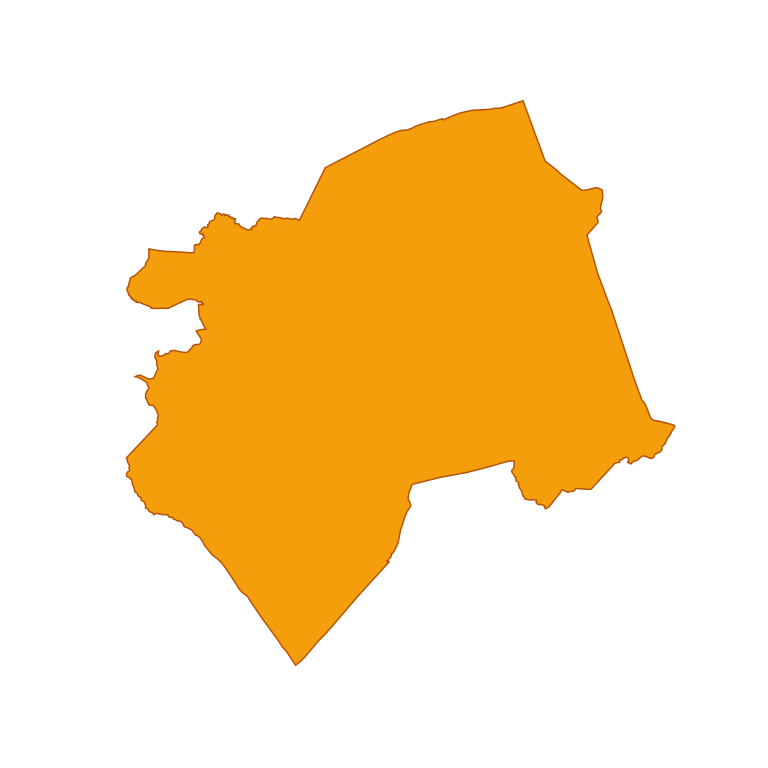 Chilchota, Michoacán, Mexico (Albers equal-area conic projection), rotated 339°
{"feature_id": "50627088B35949960945734", "entity_name": "Chilchota", "entity_type": "district", "adm_level": 2, "iso_a3": "MEX", "parent_name": "Mexico", "parent_adm1": "Michoacán", "projection": "albers", "projection_center": [-102.11, 19.805], "detail": "fine", "context": "isolated", "style": "filled", "palette": "amber", "viewbox_px": 768, "rotation_deg": 339, "n_neighbors": 0, "source": "geoboundaries", "source_scale": "gbopen_adm2", "svg_char_len": 6171}
<svg xmlns="http://www.w3.org/2000/svg" viewBox="0 0 768 768"><g transform="rotate(339 384 384)"><path d="M117.0,360.7L117.2,361.7L116.7,364.5L116.8,366.9L117.1,368.5L117.0,369.4L116.6,370.2L115.9,370.5L115.9,372.2L115.6,373.4L114.8,374.0L113.4,374.1L112.0,375.1L111.2,375.9L110.7,377.0L110.9,378.4L113.4,380.6L113.7,381.4L113.3,382.3L114.0,383.0L114.2,384.3L113.3,386.4L113.4,391.6L112.9,395.4L113.4,396.4L114.4,397.2L114.4,400.5L116.2,402.6L115.7,405.6L118.0,408.2L118.1,409.4L117.8,410.4L118.2,411.3L117.2,413.3L117.0,414.4L117.4,414.9L118.3,415.3L118.8,416.0L119.1,418.4L120.1,420.1L121.9,421.1L122.1,423.5L124.5,423.3L126.2,423.7L128.5,425.4L132.6,427.7L134.1,427.8L135.0,428.3L135.7,431.2L139.2,433.3L138.9,434.6L140.8,436.0L142.2,438.1L144.0,438.4L144.6,439.0L146.0,441.1L146.2,444.8L146.9,446.3L148.4,447.2L151.0,450.0L152.5,452.3L153.8,457.4L155.4,458.8L156.6,460.5L157.5,462.6L158.1,465.4L158.4,467.6L158.4,470.0L160.0,474.2L161.4,479.3L162.3,481.7L165.4,486.7L168.1,492.5L169.9,498.2L173.7,514.8L175.1,522.5L176.9,528.0L178.5,530.0L180.4,533.3L181.4,538.6L186.2,559.0L192.7,583.1L195.2,594.3L196.9,598.0L200.7,614.9L207.9,612.5L212.4,610.4L231.2,600.1L236.2,598.0L244.8,593.7L283.6,572.7L324.8,552.0L323.4,551.3L322.9,550.7L322.9,550.3L324.9,550.4L325.5,549.2L326.3,548.6L327.2,548.5L328.8,547.7L330.4,544.9L330.9,545.2L332.2,544.8L337.4,540.2L340.7,536.6L347.6,525.5L350.6,522.3L355.4,515.9L359.9,511.4L365.5,507.3L365.7,503.3L365.4,499.8L367.7,495.2L374.3,487.8L402.4,491.2L429.9,496.3L449.7,498.6L471.3,500.5L475.6,501.5L477.2,502.2L477.8,502.8L476.3,506.7L474.7,509.4L472.9,510.0L472.0,511.0L471.9,512.5L472.7,515.4L472.7,517.1L473.7,518.9L472.8,520.3L472.6,521.7L472.9,522.4L474.0,523.5L474.2,524.9L473.4,525.9L473.7,526.8L473.2,529.3L474.0,532.6L473.9,535.8L473.6,537.1L473.8,538.7L474.3,539.8L474.4,541.9L478.0,544.2L483.0,546.2L483.7,546.1L484.4,546.6L484.7,547.1L484.4,548.1L483.8,548.2L483.6,548.6L484.2,551.0L485.4,552.2L486.5,552.0L486.9,552.7L488.9,553.8L490.1,555.1L490.2,555.8L489.6,556.5L489.9,558.2L493.2,558.0L494.7,557.4L510.3,548.2L511.7,546.5L512.5,546.6L516.3,550.5L517.0,550.8L523.0,551.9L524.8,551.0L525.1,550.4L525.8,550.3L536.8,555.5L539.3,556.2L540.2,556.1L568.8,542.0L570.1,541.1L572.9,540.9L576.1,541.4L576.8,539.5L578.9,539.9L580.1,539.5L580.7,539.0L581.4,539.3L582.3,538.9L583.5,539.0L584.3,539.3L585.2,540.7L585.4,541.8L584.9,543.4L583.6,544.2L583.4,544.5L584.6,545.6L585.0,546.5L585.6,546.9L586.3,547.0L587.0,546.7L588.0,545.7L593.6,545.9L598.3,544.0L600.1,543.9L601.9,545.1L602.6,546.0L603.4,546.1L605.4,548.6L607.9,549.5L609.9,548.7L611.2,547.1L612.7,546.6L618.0,546.3L618.9,545.2L620.2,544.7L620.3,543.5L620.7,542.7L621.4,542.0L622.2,541.5L624.9,540.7L628.8,536.4L631.8,534.8L636.1,531.0L639.1,529.0L640.5,527.4L640.2,526.8L638.7,525.3L627.6,517.4L622.3,514.3L620.8,511.5L620.7,496.9L620.1,494.1L619.0,491.9L619.3,471.2L623.0,396.1L622.8,393.2L623.1,357.4L626.8,317.8L641.8,309.9L642.4,307.4L642.1,305.1L643.2,303.9L648.7,301.4L649.1,297.1L655.3,287.9L657.3,281.0L652.7,276.7L642.7,275.5L638.2,274.2L623.8,250.7L622.5,247.3L614.8,234.4L614.3,232.5L615.3,169.4L591.7,168.2L585.2,166.0L582.5,165.9L564.2,160.0L552.3,158.3L547.0,158.2L533.8,158.6L533.3,157.2L523.9,156.6L520.8,155.5L510.9,154.7L505.4,154.7L500.8,155.3L496.2,155.1L491.1,153.4L486.8,153.1L479.0,153.3L467.6,154.2L406.8,161.0L363.8,200.8L360.3,197.7L356.4,196.9L353.7,194.7L352.3,194.3L350.9,194.3L341.3,188.5L340.3,189.5L338.0,189.7L335.8,188.8L333.9,187.3L331.5,186.6L329.3,185.2L327.2,185.3L325.3,186.7L324.0,187.0L321.1,190.2L319.1,189.8L316.2,190.5L315.8,192.3L314.9,191.7L313.7,191.8L312.1,191.4L306.3,185.5L306.1,182.8L302.5,181.0L302.7,179.9L303.4,178.8L303.6,177.3L304.4,176.5L303.6,176.2L303.1,176.3L302.7,175.9L303.1,175.5L301.8,174.1L301.0,174.6L300.6,172.9L299.2,172.4L298.9,171.4L299.7,170.8L297.5,170.0L297.1,169.7L297.0,169.1L295.9,169.6L295.5,168.0L295.0,167.6L293.6,168.4L292.9,168.3L292.8,167.2L292.4,166.4L290.6,165.4L290.0,164.6L289.2,164.6L288.1,165.4L286.9,165.8L286.1,166.6L285.7,167.9L284.8,169.4L282.8,169.9L279.7,169.8L278.8,170.5L278.4,171.6L277.9,172.0L276.5,172.0L275.6,174.8L273.9,174.3L273.0,173.0L271.5,173.2L268.9,174.3L268.1,175.6L266.1,175.9L266.0,177.5L266.2,178.1L267.0,178.6L268.5,178.3L268.9,179.1L268.1,180.5L269.2,181.7L268.2,183.3L267.2,183.0L266.1,183.2L262.2,187.0L261.0,187.2L260.6,187.7L259.6,186.7L258.0,186.3L256.9,186.6L256.5,186.9L255.3,190.4L253.6,193.3L250.2,192.1L241.4,187.9L227.0,181.6L218.9,177.3L213.0,173.6L209.5,182.4L204.9,185.6L203.4,188.4L200.5,189.3L191.5,193.1L185.5,194.0L184.8,194.7L181.1,199.9L180.4,201.6L179.3,201.6L178.8,202.2L178.4,203.4L177.8,203.7L177.9,205.4L177.6,206.2L178.2,207.7L177.5,208.7L177.6,209.6L178.4,210.4L178.5,211.5L179.1,212.2L179.1,212.6L178.8,212.8L178.6,213.3L179.6,213.9L179.3,214.5L179.4,215.1L179.9,215.1L180.5,215.6L180.8,216.1L180.7,216.9L181.0,217.3L182.3,217.3L181.9,218.7L182.1,218.9L183.1,219.0L183.2,219.7L185.2,220.2L186.7,221.9L193.7,228.2L193.8,229.8L197.1,231.4L204.8,234.0L209.3,236.0L227.5,234.6L231.4,234.7L233.5,235.2L235.5,236.6L238.4,237.8L239.0,239.8L240.2,240.8L241.3,241.4L243.3,241.8L243.0,242.9L243.3,243.5L244.1,244.0L244.2,245.0L243.8,245.2L243.0,245.0L240.7,243.6L239.3,243.3L236.3,252.5L235.6,258.2L236.3,258.4L236.3,262.0L237.0,267.8L237.5,269.0L232.5,267.6L227.7,267.1L229.3,275.9L229.2,277.7L227.4,279.9L226.3,280.8L221.1,279.5L219.6,279.7L217.5,281.3L212.1,283.9L210.5,283.6L206.9,281.9L202.5,279.1L201.4,278.1L199.1,277.1L197.7,276.7L195.7,276.9L194.3,278.4L192.7,278.3L191.5,277.3L188.8,278.1L185.2,278.1L183.4,276.5L183.4,275.8L185.4,272.5L182.0,273.0L180.0,275.8L179.7,278.2L180.3,280.6L178.9,283.9L178.6,286.2L178.7,287.6L178.2,289.1L174.8,292.0L171.9,295.4L170.9,295.9L167.2,295.5L166.3,295.0L164.4,293.4L159.7,288.4L156.2,287.7L154.4,288.0L155.5,288.5L158.5,291.5L163.0,297.3L163.1,298.1L163.0,299.5L162.7,300.5L163.2,302.6L163.2,303.4L159.1,306.4L157.7,308.4L156.9,310.1L156.4,312.1L157.1,313.1L156.7,316.7L157.3,319.4L158.5,320.4L160.3,320.9L161.2,322.0L162.3,327.9L161.9,330.4L162.2,332.1L161.2,333.9L160.3,334.6L159.7,337.0L158.5,337.6L157.9,341.0L117.0,360.7Z" fill="#f59e0b" stroke="#b45309" stroke-width="1.5"/></g></svg>